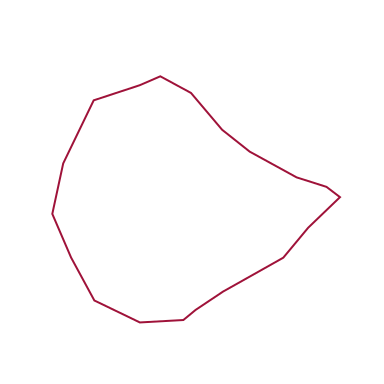 Mfoundi, Centre, Cameroon, rotated 163°
{"feature_id": "32672807B36529963659187", "entity_name": "Mfoundi", "entity_type": "district", "adm_level": 2, "iso_a3": "CMR", "parent_name": "Cameroon", "parent_adm1": "Centre", "projection": "orthographic", "projection_center": [11.497, 3.804], "detail": "fine", "context": "isolated", "style": "outline", "palette": "rose", "viewbox_px": 384, "rotation_deg": 163, "n_neighbors": 0, "source": "geoboundaries", "source_scale": "gbopen_adm2", "svg_char_len": 420}
<svg xmlns="http://www.w3.org/2000/svg" viewBox="0 0 384 384"><g transform="rotate(163 192 192)"><path d="M52.0,143.8L61.9,157.6L87.7,175.4L125.0,213.7L145.0,242.7L164.0,287.0L188.5,311.9L210.8,309.4L259.2,308.4L283.0,282.7L306.8,257.0L332.0,211.9L326.8,164.7L317.1,116.8L280.0,82.5L237.7,72.1L223.0,78.2L191.4,87.7L164.4,93.6L123.9,102.5L91.3,123.9L52.0,143.8Z" fill="none" stroke="#9f1239" stroke-width="2"/></g></svg>